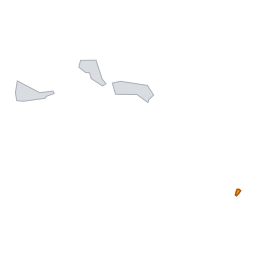 location of Salt Cay within Turks and Caicos Islands
{"feature_id": "TCA-5008", "entity_name": "Salt Cay", "entity_type": "state/province", "adm_level": 1, "iso_a3": "TCA", "parent_name": "Turks and Caicos Islands", "parent_adm1": "", "projection": "orthographic", "projection_center": [-71.208, 21.326], "detail": "fine", "context": "in_parent", "style": "filled", "palette": "amber", "viewbox_px": 256, "rotation_deg": 0, "n_neighbors": 0, "source": "natural_earth", "source_scale": "10m", "svg_char_len": 598}
<svg xmlns="http://www.w3.org/2000/svg" viewBox="0 0 256 256"><path d="M148.7,99.8L148.0,102.6L136.9,94.5L115.6,94.3L112.3,83.1L120.5,81.3L147.4,85.4L153.6,95.1L148.7,99.8ZM17.3,80.9L39.6,92.7L53.1,91.1L54.2,93.5L46.8,96.2L45.0,98.3L23.4,101.3L16.7,100.6L15.4,92.7L17.3,80.9ZM106.0,83.7L102.6,86.0L91.2,78.6L89.6,72.8L85.6,72.5L78.8,67.2L80.5,60.4L96.0,60.2L102.2,79.1L106.0,83.7Z" fill="#d9dde1" stroke="#a8b0b8" stroke-width="1"/><path d="M237.2,189.3L239.2,189.4L240.6,190.7L238.9,193.2L236.5,195.8L235.4,195.0L236.4,191.1L237.2,189.3Z" fill="#f59e0b" stroke="#b45309" stroke-width="1.5"/></svg>